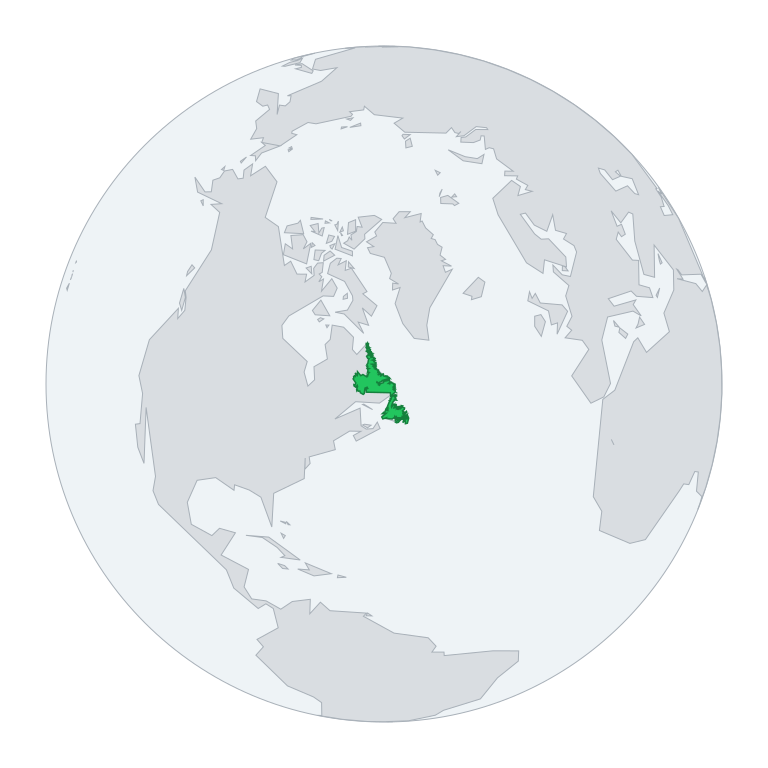 Newfoundland and Labrador on an orthographic globe
{"feature_id": "CAN-686", "entity_name": "Newfoundland and Labrador", "entity_type": "Province", "adm_level": 1, "iso_a3": "CAN", "parent_name": "Canada", "parent_adm1": "", "projection": "orthographic", "projection_center": [-58.847, 53.496], "detail": "fine", "context": "on_globe", "style": "filled", "palette": "green", "viewbox_px": 768, "rotation_deg": 0, "n_neighbors": 0, "source": "natural_earth", "source_scale": "10m", "svg_char_len": 16108}
<svg xmlns="http://www.w3.org/2000/svg" viewBox="0 0 768 768"><circle cx="384" cy="384" r="338" fill="#eef3f6" stroke="#a8b0b8"/><path d="M317.4,715.3L321.8,715.5L321.6,702.6L313.6,697.0L287.5,685.9L255.9,655.2L263.4,646.8L257.0,639.4L278.2,627.8L273.3,608.5L265.9,603.8L258.2,608.5L233.8,588.1L226.4,569.8L158.5,504.4L153.0,490.7L155.5,476.4L146.1,407.4L144.0,463.4L137.8,447.2L135.4,424.2L140.0,423.6L142.6,393.5L138.9,375.6L149.4,339.7L178.4,308.3L177.7,318.6L184.8,310.4L186.1,297.3L185.3,290.8L211.4,249.9L219.7,212.4L211.0,204.4L221.7,203.7L197.6,192.1L194.9,177.1L205.0,191.9L211.3,191.8L212.9,180.2L219.8,177.8L224.5,171.0L232.6,169.4L237.9,178.9L243.2,178.2L244.0,170.1L252.6,163.9L250.6,175.8L265.4,166.3L277.0,181.8L265.2,217.4L278.4,226.6L284.4,265.5L290.7,261.2L297.0,274.1L306.6,274.2L305.0,282.0L314.1,275.4L313.7,268.3L317.6,263.1L323.3,262.7L322.2,272.4L319.2,274.0L321.8,276.7L318.8,281.8L323.5,279.0L321.5,291.2L331.8,278.7L337.2,288.1L333.6,296.4L323.1,295.9L288.8,316.0L281.9,325.4L282.8,338.4L307.2,361.5L304.1,372.1L307.9,386.1L314.6,379.8L314.0,366.7L327.4,359.0L325.1,344.5L330.2,339.5L332.2,325.1L343.6,327.2L353.5,337.2L352.4,349.5L356.8,354.5L367.3,343.1L374.4,367.0L394.9,385.1L395.4,391.7L379.5,403.1L355.6,401.7L334.9,419.0L360.1,408.1L361.1,425.8L366.2,429.1L373.0,428.6L377.3,422.1L380.1,428.5L356.2,441.1L353.3,435.5L360.9,431.3L349.6,431.1L333.5,440.8L335.3,449.6L309.2,456.9L310.1,463.5L304.9,469.2L305.2,458.0L304.2,478.6L273.7,493.3L271.8,527.0L260.9,497.2L249.2,490.0L234.6,484.8L234.0,490.3L215.7,477.6L197.1,480.3L187.3,502.3L191.3,524.3L211.9,535.6L219.5,528.3L235.4,532.8L221.1,555.0L248.5,569.4L244.1,586.9L251.7,598.9L266.1,600.9L280.8,609.2L292.3,601.5L310.3,599.3L309.8,613.8L320.4,602.2L330.0,610.7L366.4,613.1L363.4,616.3L394.0,633.1L428.2,637.8L436.1,646.2L431.9,652.1L444.0,652.1L444.2,655.6L493.1,650.8L518.7,650.9L518.3,661.1L497.5,677.8L480.4,698.9L443.5,710.3L435.3,715.2L408.5,720.8L386.1,721.6L392.7,721.8L367.4,721.5L342.3,719.3L317.4,715.3ZM66.6,288.2L69.4,283.2L67.2,290.3L66.6,288.2ZM71.4,277.7L70.4,279.9L71.3,277.5L71.4,277.7ZM72.4,274.2L71.7,276.7L72.2,274.3L72.4,274.2ZM73.3,270.1L72.9,272.2L73.3,270.1ZM268.7,537.1L300.2,560.0L281.0,557.4L284.9,555.7L277.2,547.5L262.4,537.5L245.9,535.3L268.7,537.1ZM75.8,262.6L76.5,260.6L76.4,262.1L75.8,262.6ZM285.7,523.8L280.2,521.0L285.8,522.4L285.7,523.8ZM183.8,288.4L185.4,297.4L181.7,310.4L179.5,303.1L183.8,288.4ZM192.0,264.8L194.7,267.9L186.6,275.7L187.6,271.5L192.0,264.8ZM203.2,199.7L203.2,205.9L200.8,200.8L203.2,199.7ZM223.7,170.4L221.5,169.5L224.9,166.5L223.7,170.4ZM325.8,325.0L328.9,325.1L327.0,327.7L325.8,325.0ZM323.8,318.9L319.3,321.9L317.6,319.5L320.4,317.7L323.8,318.9ZM240.4,161.3L246.5,157.0L241.2,163.0L240.4,161.3ZM329.8,315.8L315.2,314.8L312.4,310.5L320.9,300.1L329.8,315.8ZM250.6,155.5L265.3,145.5L261.7,142.4L280.2,145.9L261.6,153.0L255.6,160.7L255.4,155.8L250.6,155.5ZM311.2,266.3L311.8,273.8L306.1,268.0L311.2,266.3ZM306.6,263.9L283.4,254.7L285.3,243.8L292.6,248.9L290.9,235.5L303.2,234.7L307.0,241.8L303.3,248.9L310.8,243.3L306.6,263.9ZM288.1,149.8L292.4,149.0L288.8,151.7L288.1,149.8ZM318.7,260.7L313.9,259.6L315.2,250.0L325.1,250.4L321.5,253.3L318.7,260.7ZM284.4,232.7L287.1,225.9L297.9,223.2L300.4,220.3L303.7,233.7L284.4,232.7ZM324.1,255.3L330.1,251.0L334.7,255.2L323.6,261.1L324.1,255.3ZM311.3,247.4L312.4,242.9L315.0,245.5L311.3,247.4ZM354.2,268.5L348.3,267.0L348.5,261.8L354.2,268.5ZM332.1,249.1L330.5,247.7L329.9,245.6L334.8,243.7L332.1,249.1ZM311.0,231.1L314.9,231.6L310.2,225.5L318.1,223.5L318.9,233.0L321.8,228.1L324.2,227.6L322.2,236.0L311.0,231.1ZM337.9,235.6L341.6,247.5L352.4,251.2L352.5,255.9L335.1,249.2L337.9,235.6ZM328.8,235.0L334.5,236.4L331.8,241.3L326.3,243.4L328.8,235.0ZM323.1,219.0L310.9,219.4L311.1,217.4L323.1,219.0ZM341.6,235.7L340.6,232.8L342.6,235.4L341.6,235.7ZM329.4,222.9L325.0,223.3L325.4,220.9L329.4,222.9ZM342.3,227.0L343.4,230.8L339.8,232.2L342.3,227.0ZM336.8,224.4L338.4,221.1L337.7,230.5L334.8,224.9L336.8,224.4ZM330.5,220.7L329.3,219.4L332.2,220.9L330.5,220.7ZM355.6,219.7L355.6,231.2L347.5,234.3L348.5,222.6L355.6,219.7ZM357.3,47.1L357.1,47.2L367.5,46.6L365.1,47.1L384.5,46.4L381.8,47.1L398.2,46.8L394.5,46.3L378.4,46.2L384.1,46.1L409.4,47.0L434.5,49.9L459.4,54.6L483.8,61.1L507.6,69.5L530.8,79.6L553.1,91.4L574.5,104.9L594.8,119.9L614.0,136.4L631.9,154.3L633.3,156.2L657.0,188.5L655.8,188.8L661.3,197.2L664.1,206.5L660.4,206.7L664.2,215.5L672.8,214.7L668.2,205.6L657.9,191.0L661.7,194.1L658.3,187.2L678.6,218.4L706.1,283.4L701.0,274.2L681.7,274.9L677.9,269.7L677.5,269.5L676.7,269.1L683.0,279.1L677.0,278.7L695.8,283.6L702.3,291.5L706.6,285.0L708.1,289.8L707.2,285.4L704.6,277.3L711.3,300.1L716.4,323.2L719.9,346.7L721.6,370.3L721.8,394.0L720.2,417.7L717.0,441.2L712.2,464.4L705.8,487.2L697.7,509.5L699.2,505.9L701.9,496.6L696.5,491.2L698.3,472.0L694.8,471.5L688.8,484.6L683.7,483.9L679.3,490.8L645.4,539.6L629.9,543.4L599.4,530.5L601.8,511.3L593.3,496.7L602.8,399.4L614.8,390.2L633.7,341.7L637.8,337.8L646.5,352.4L669.4,331.7L663.9,313.1L673.8,290.0L673.4,269.9L654.1,245.0L654.6,277.3L643.9,274.4L634.8,241.1L632.8,214.0L628.6,212.1L620.8,222.8L611.1,210.8L617.1,226.3L621.5,224.3L625.3,234.2L621.5,236.7L618.2,232.1L616.2,239.3L632.4,260.1L638.6,260.4L639.0,284.8L649.5,287.8L652.9,297.6L636.5,296.3L631.1,291.0L608.3,298.7L614.1,306.2L635.9,299.9L633.2,304.6L641.2,315.9L633.0,311.1L607.6,317.0L601.8,340.0L610.5,383.5L603.8,396.9L590.9,403.2L571.7,375.9L588.8,349.4L582.3,340.3L565.1,337.8L571.7,330.2L566.8,326.3L572.0,316.3L565.7,295.9L568.9,285.5L553.4,271.9L552.9,265.0L562.2,274.8L570.4,276.5L576.6,252.0L574.0,245.6L563.5,239.0L566.5,233.5L555.5,230.3L552.7,214.7L546.8,231.3L534.3,225.1L525.5,213.1L520.3,214.3L534.6,233.9L541.2,239.2L548.6,238.8L565.8,257.0L566.5,266.9L544.5,259.8L543.0,273.4L526.5,262.8L498.1,214.8L492.8,198.3L511.6,180.4L520.4,186.5L517.9,195.6L532.2,191.3L525.3,189.6L527.8,185.4L516.4,179.1L517.7,175.9L504.6,175.7L504.9,171.1L513.2,171.2L496.6,158.9L493.6,148.8L489.2,147.7L485.4,149.4L484.2,136.0L481.1,135.8L480.2,140.0L473.4,142.6L460.8,142.1L461.1,137.5L465.7,137.0L475.7,129.5L487.8,129.6L486.6,127.7L476.2,126.6L464.0,135.7L456.3,136.7L460.9,131.5L458.7,133.5L454.9,132.6L451.5,127.6L446.0,133.1L404.8,132.2L394.1,123.2L402.8,118.1L374.3,114.7L364.4,106.2L363.7,109.9L349.6,111.7L352.5,114.3L351.0,116.3L316.0,123.8L308.0,122.5L292.1,131.2L291.7,133.3L296.8,134.7L280.2,145.9L261.7,142.4L263.5,137.7L250.7,139.2L256.7,128.6L255.7,121.0L269.6,109.4L267.6,105.0L262.8,106.2L256.5,101.6L260.1,88.9L278.4,93.6L277.1,114.5L279.5,105.1L285.3,105.9L290.0,101.8L291.1,95.7L287.4,95.8L321.6,81.2L336.9,67.7L320.5,70.5L312.5,69.0L315.5,59.3L355.1,47.9L344.9,48.4L345.2,48.3L357.3,47.1ZM611.3,439.4L613.9,444.7L613.9,444.8L611.3,439.4ZM638.6,194.7L632.2,178.7L621.3,176.3L617.9,170.2L615.4,171.8L620.5,176.2L612.5,179.7L604.7,169.9L598.4,168.1L600.3,173.4L615.8,191.1L627.5,185.8L634.8,193.6L638.6,194.7ZM367.6,613.0L371.9,615.9L366.0,615.8L367.6,613.0ZM277.7,563.4L284.6,565.6L288.1,569.0L282.6,568.5L277.7,563.4ZM338.0,575.0L346.3,577.3L337.4,577.7L338.0,575.0ZM305.3,562.9L331.3,573.7L314.0,575.9L297.7,569.0L309.3,569.9L305.3,562.9ZM281.1,533.2L285.3,535.6L283.6,538.4L281.1,533.2ZM289.9,524.8L288.1,524.7L286.3,521.4L289.9,524.8ZM362.5,425.0L364.5,424.2L371.1,425.2L367.5,427.8L362.5,425.0ZM403.7,412.6L407.3,423.3L402.2,417.2L397.9,422.6L381.7,416.9L394.9,394.8L391.8,405.6L403.7,412.6ZM363.8,404.1L372.6,409.6L362.5,404.5L363.8,404.1ZM534.7,316.2L540.9,314.6L545.4,321.6L541.3,336.4L534.7,326.3L534.7,316.2ZM548.5,310.9L527.8,300.8L529.5,291.7L532.1,298.4L535.3,293.4L540.3,303.0L562.1,304.9L567.6,311.3L557.1,334.2L557.5,322.9L551.4,324.9L548.5,310.9ZM472.0,296.3L463.1,293.3L478.3,277.3L484.9,282.1L481.3,296.7L471.4,299.7L472.0,296.3ZM347.5,298.3L343.1,299.3L343.4,296.4L347.3,293.3L347.5,298.3ZM351.4,268.2L367.0,291.6L362.8,293.8L377.0,305.7L371.4,316.2L362.3,307.9L368.6,325.3L358.2,322.1L363.7,333.4L344.2,314.0L335.1,312.2L347.4,310.1L352.9,300.4L352.5,295.8L344.6,281.4L327.6,273.6L330.3,263.3L336.8,258.2L341.2,258.5L338.1,264.9L346.3,260.7L345.2,270.4L351.4,268.2ZM410.3,211.7L404.8,217.7L421.2,213.5L420.1,222.0L422.1,221.0L425.6,227.9L433.3,234.7L431.2,238.5L435.1,239.6L437.5,244.4L442.1,247.2L440.1,255.1L445.6,259.4L441.4,260.8L451.5,266.1L443.1,265.7L445.4,272.3L452.3,269.2L429.8,307.8L426.8,325.2L428.9,340.2L414.2,338.4L402.8,323.6L395.1,303.6L400.1,287.5L392.5,290.0L392.7,283.1L398.6,284.0L389.6,278.6L391.3,273.3L384.4,257.3L370.3,253.4L367.5,247.7L373.8,246.6L366.5,241.8L376.6,236.0L374.8,232.0L382.8,222.5L396.1,223.3L393.1,218.7L399.1,211.7L410.3,211.7ZM358.2,217.2L374.4,215.4L381.7,219.4L364.6,234.3L364.9,238.8L354.1,249.1L343.7,243.2L347.7,240.7L349.2,237.0L351.9,240.3L350.9,234.9L356.4,231.5L357.1,226.5L362.1,227.2L358.2,217.2ZM636.0,328.0L638.0,324.2L639.6,317.1L644.6,324.4L636.0,328.0ZM618.9,332.4L619.8,327.9L627.8,334.1L625.6,338.4L618.9,332.4ZM613.5,320.5L619.2,327.2L614.9,326.1L613.5,320.5ZM562.3,270.6L562.4,265.9L565.0,266.7L568.1,270.9L562.3,270.6ZM458.8,203.3L454.5,205.6L452.8,203.9L440.8,203.5L440.6,197.5L447.8,195.4L458.8,203.3ZM658.0,253.6L662.1,262.8L660.4,264.1L659.4,260.7L658.0,253.6ZM656.1,295.3L659.7,288.0L657.4,297.4L656.1,295.3ZM456.6,196.7L451.7,197.1L454.7,193.9L456.6,196.7ZM439.9,193.1L442.2,189.1L439.2,196.7L439.9,193.1ZM448.2,149.8L465.2,156.7L477.3,158.6L484.0,154.4L481.9,163.7L463.2,160.8L448.2,149.8ZM410.2,134.6L404.4,139.0L402.0,135.7L403.0,134.3L410.2,134.6ZM410.2,138.2L412.3,146.3L405.9,147.9L405.5,141.2L410.2,138.2ZM435.2,170.3L440.2,172.7L437.7,175.2L435.2,170.3ZM314.9,53.2L311.9,54.0L300.8,57.0L301.6,57.9L296.4,59.9L291.3,60.1L293.6,58.4L296.7,57.5L314.9,53.2ZM302.5,58.2L299.9,62.7L285.1,66.3L282.4,66.1L289.8,62.4L297.2,60.6L302.5,58.2ZM295.0,65.0L302.0,63.6L313.2,70.8L311.8,73.4L295.6,68.8L301.4,67.4L301.3,65.3L295.0,65.0ZM291.6,146.6L292.3,148.8L289.0,148.0L291.6,146.6ZM353.0,117.8L350.5,120.4L346.7,119.0L353.0,117.8ZM341.5,127.0L347.5,126.7L341.1,128.9L341.5,127.0ZM360.9,125.7L349.8,127.4L360.6,123.1L360.9,125.7Z" fill="#d9dde1" stroke="#a8b0b8" stroke-width="1"/><path d="M367.4,343.3L367.8,343.7L367.1,343.3L366.7,343.6L367.8,344.1L366.4,345.1L367.8,344.3L367.3,345.6L368.3,344.9L367.9,346.5L368.2,347.0L368.9,347.2L368.6,347.2L368.2,348.0L369.4,348.0L368.4,348.7L370.4,349.5L370.1,350.4L368.5,350.6L368.3,350.9L371.0,350.8L370.4,351.0L370.9,351.6L370.4,352.0L371.3,351.8L371.6,352.7L371.2,352.9L371.8,353.1L369.9,353.9L370.2,354.3L369.3,355.2L372.6,354.4L371.4,355.8L372.2,356.1L370.8,356.2L370.0,357.1L372.8,356.1L372.6,356.8L373.2,357.0L372.5,357.1L372.0,357.5L373.7,357.4L373.7,358.4L374.4,359.4L372.3,360.1L374.3,360.7L373.9,361.7L376.0,362.7L376.0,363.5L375.5,363.3L374.1,364.3L374.8,365.4L372.2,364.3L373.5,364.0L371.9,364.2L374.7,365.7L373.2,366.3L375.0,367.4L373.4,367.2L375.8,367.8L375.4,368.7L376.1,368.8L375.2,369.0L377.8,370.2L377.0,370.7L378.2,370.2L377.9,371.7L379.1,370.5L378.4,371.4L379.1,372.0L378.6,372.4L378.5,373.0L379.1,372.2L379.5,372.6L377.8,375.1L380.9,373.2L380.2,374.4L382.0,374.3L381.0,375.3L380.3,376.6L382.9,373.7L382.2,375.3L383.4,374.2L383.8,376.0L389.1,377.5L388.2,378.7L381.5,380.7L385.6,379.7L379.5,382.3L379.5,383.8L377.0,381.9L376.8,382.6L379.7,383.9L378.5,384.8L379.5,385.3L380.4,383.7L383.4,382.7L384.0,381.3L387.6,380.6L385.7,379.8L388.8,379.8L390.2,382.0L388.5,383.4L389.4,383.4L389.2,384.3L390.5,382.5L392.2,382.1L391.4,382.8L394.0,383.5L393.0,383.5L395.0,385.8L393.5,386.6L394.8,387.6L393.6,387.8L395.1,388.9L392.4,389.2L395.5,389.9L393.5,390.0L395.3,390.8L395.4,391.9L390.6,396.2L390.3,392.7L366.3,392.2L366.3,390.3L365.2,389.3L367.8,388.5L367.1,387.2L365.0,388.1L364.2,393.6L363.2,394.4L360.4,392.8L359.9,391.1L358.2,391.2L357.3,389.6L356.8,390.5L356.6,389.4L357.6,386.4L357.2,385.3L355.8,387.2L354.0,385.9L353.9,384.5L355.2,384.8L355.8,382.9L353.1,378.9L353.8,378.0L353.6,376.6L354.5,375.7L355.3,376.5L356.0,375.4L355.2,372.9L357.3,375.2L357.5,371.7L360.8,375.7L362.9,374.5L366.8,376.9L367.4,376.6L366.8,375.8L367.2,374.9L367.9,375.2L368.7,373.2L367.8,373.0L369.0,372.4L367.6,371.8L368.0,370.9L367.5,369.2L368.9,368.6L367.0,368.2L367.5,367.4L366.7,366.1L367.6,366.1L366.9,364.4L367.8,363.5L368.5,359.5L369.1,358.7L367.6,358.2L366.6,356.3L368.7,354.1L368.0,352.9L369.8,352.5L365.7,351.2L367.5,350.9L366.9,349.8L367.6,348.0L366.5,348.2L366.0,347.3L366.9,345.5L366.3,345.2L366.2,344.7L367.1,344.3L366.5,343.4L367.4,343.3ZM408.7,418.1L407.4,423.2L405.4,423.7L405.2,420.2L402.8,422.6L404.1,419.0L402.8,416.5L402.1,416.3L401.7,419.0L400.9,419.6L401.6,418.1L400.0,419.3L398.5,422.3L396.5,422.8L395.5,422.2L400.5,417.8L397.6,417.7L397.7,419.0L397.0,419.6L396.7,419.4L397.0,418.9L396.8,418.7L395.7,419.4L396.3,418.5L394.7,419.1L396.8,418.0L395.6,418.1L396.3,416.5L396.1,416.3L395.1,417.9L394.7,417.1L394.6,418.3L394.1,417.6L392.2,419.0L386.0,418.4L386.3,417.8L382.8,418.9L381.8,417.0L386.2,413.3L382.4,413.6L384.3,411.8L383.6,412.7L384.5,413.0L385.7,409.7L385.9,410.1L386.4,410.0L387.0,410.6L387.7,410.6L386.7,409.7L387.6,409.7L387.8,409.4L387.0,409.6L387.5,409.0L386.4,408.3L387.2,407.2L388.4,407.7L387.4,406.5L389.6,401.0L390.2,401.0L390.3,400.8L389.4,400.4L391.1,399.1L390.5,398.5L391.2,398.5L391.8,396.7L394.8,394.8L394.9,395.6L395.9,395.6L395.4,395.2L395.8,394.9L396.6,395.1L396.0,396.6L394.1,396.3L395.5,398.0L394.3,400.2L394.0,399.2L394.3,400.5L392.8,402.2L391.4,406.0L391.6,407.2L394.3,403.5L394.1,404.9L396.8,404.5L394.8,405.8L394.3,406.9L395.5,406.2L394.4,407.8L396.7,407.3L396.6,408.1L397.3,407.2L397.6,408.3L397.5,407.0L398.0,407.1L397.9,407.0L398.1,406.9L397.4,409.9L398.4,408.0L398.7,408.7L399.4,407.6L399.5,408.4L400.7,406.8L400.8,408.4L402.4,407.0L404.6,408.0L404.3,409.4L402.0,411.2L403.4,410.8L402.7,411.3L403.1,412.0L404.4,411.6L402.3,413.5L404.2,412.4L404.5,413.2L406.4,411.3L406.8,412.2L404.5,414.6L403.3,414.3L403.3,414.7L403.4,415.2L404.4,415.3L403.5,415.6L404.6,415.3L404.0,417.0L403.7,416.6L403.4,416.6L405.0,418.3L405.9,415.4L407.3,414.4L406.2,418.1L406.8,418.9L407.7,417.8L408.0,416.5L408.7,418.1ZM374.9,364.7L376.0,363.6L375.2,364.5L375.8,364.5L375.8,365.4L374.9,364.7ZM386.1,375.9L387.4,376.1L387.4,376.3L386.8,376.5L386.3,376.5L386.1,375.9ZM401.5,406.5L401.4,405.6L402.6,405.9L402.5,406.0L401.5,406.5ZM404.3,414.7L404.6,415.1L403.6,415.1L403.3,414.5L404.3,414.7ZM376.2,368.5L377.1,369.0L376.3,368.9L376.2,368.5ZM375.5,365.8L376.5,366.5L374.9,366.1L375.5,365.8ZM399.7,407.1L399.1,406.6L400.5,406.3L399.7,407.1ZM374.1,359.7L374.7,360.2L374.0,360.1L374.1,359.7ZM375.5,366.7L375.0,367.1L374.4,366.6L375.5,366.7ZM368.5,346.0L368.8,346.6L368.1,346.6L368.5,346.0ZM375.2,360.7L374.5,360.7L374.3,360.5L375.0,360.0L374.5,360.6L375.2,360.7ZM374.3,357.8L373.8,358.3L373.8,358.2L374.3,357.8ZM374.4,358.6L374.7,358.2L375.2,358.5L374.9,359.0L374.4,358.6ZM402.7,417.7L402.4,419.2L401.9,419.3L402.7,417.7ZM394.1,384.1L394.8,383.9L394.9,384.1L394.1,384.1ZM396.0,399.7L396.4,400.1L396.0,400.1L396.0,399.7ZM394.9,418.3L395.6,418.2L395.8,418.4L394.9,418.3ZM377.2,369.9L377.9,369.6L377.7,369.8L377.2,369.9ZM376.8,365.4L376.5,365.0L376.8,365.4L376.8,365.4ZM396.9,392.7L396.4,393.2L397.0,392.5L396.9,392.7ZM390.4,382.2L391.0,382.1L390.4,382.2ZM394.6,386.5L394.9,386.2L394.9,386.5L394.6,386.5ZM389.1,377.7L389.4,378.0L389.1,378.0L389.1,377.7ZM395.9,398.7L396.3,399.1L396.0,399.0L395.9,398.7ZM395.9,406.8L396.5,406.7L396.1,406.9L395.9,406.8ZM390.1,383.1L390.0,382.7L390.3,382.6L390.1,383.1ZM399.9,407.1L399.9,407.6L399.7,407.5L399.9,407.1ZM402.9,418.7L402.9,417.5L403.0,418.8L402.9,418.7ZM407.1,417.7L407.5,417.5L407.1,417.8L407.1,417.7ZM395.9,407.2L396.2,406.9L396.2,407.0L395.9,407.2ZM367.6,343.0L367.7,343.4L367.5,343.2L367.6,343.0ZM394.6,386.7L394.9,386.8L394.8,387.0L394.6,386.7ZM394.5,388.1L394.8,388.0L394.8,388.3L394.5,388.1ZM402.5,419.5L402.6,419.2L402.7,419.3L402.5,419.5ZM395.5,403.1L395.8,403.0L395.5,403.1ZM389.9,399.8L390.1,399.6L389.9,399.8ZM396.0,420.4L395.7,420.4L395.8,420.3L396.0,420.4ZM389.1,379.4L389.3,379.3L389.3,379.6L389.1,379.4ZM389.3,378.2L389.5,378.1L389.7,378.3L389.3,378.2ZM400.1,420.2L400.3,420.2L400.1,420.4L400.1,420.2ZM395.2,403.2L395.4,403.2L395.2,403.2L395.2,403.2Z" fill="#22c55e" stroke="#15803d" stroke-width="1.5"/></svg>